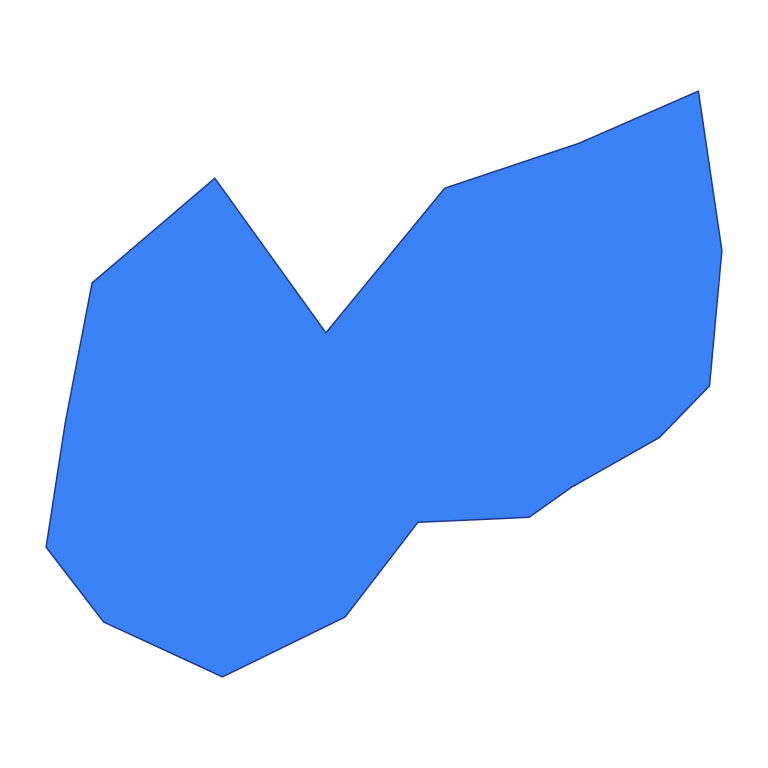 outline of Domagnano
{"feature_id": "SMR-4887", "entity_name": "Domagnano", "entity_type": "state/province", "adm_level": 1, "iso_a3": "SMR", "parent_name": "San Marino", "parent_adm1": "", "projection": "equal_earth", "projection_center": [12.471, 43.949], "detail": "fine", "context": "isolated", "style": "filled", "palette": "blue", "viewbox_px": 768, "rotation_deg": 0, "n_neighbors": 0, "source": "natural_earth", "source_scale": "10m", "svg_char_len": 343}
<svg xmlns="http://www.w3.org/2000/svg" viewBox="0 0 768 768"><path d="M698.4,91.1L721.9,250.6L709.5,385.9L659.4,437.5L571.2,487.4L529.1,517.3L417.9,522.3L345.1,617.0L222.4,676.9L103.6,622.0L46.1,547.2L65.3,422.5L92.1,282.9L214.8,178.2L325.9,332.8L444.7,188.2L578.9,143.3L698.4,91.1Z" fill="#3b82f6" stroke="#1e3a8a" stroke-width="1.5"/></svg>